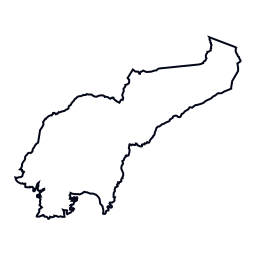 outline of Juscimeira, Mato Grosso, Brazil
{"feature_id": "56859067B77802724156485", "entity_name": "Juscimeira", "entity_type": "district", "adm_level": 2, "iso_a3": "BRA", "parent_name": "Brazil", "parent_adm1": "Mato Grosso", "projection": "natural_earth1", "projection_center": [-55.01, -16.21], "detail": "fine", "context": "isolated", "style": "outline", "palette": "ink", "viewbox_px": 256, "rotation_deg": 0, "n_neighbors": 0, "source": "geoboundaries", "source_scale": "gbopen_adm2", "svg_char_len": 5743}
<svg xmlns="http://www.w3.org/2000/svg" viewBox="0 0 256 256"><path d="M25.0,157.2L25.2,158.2L24.8,159.8L22.7,162.6L21.9,164.6L22.1,165.5L21.4,167.7L20.8,168.6L20.0,169.4L22.0,169.9L22.0,170.9L22.4,171.7L23.3,171.4L24.0,171.8L22.9,173.8L22.3,176.1L21.4,176.8L19.4,177.3L18.4,177.3L17.3,177.9L15.4,177.5L16.2,180.2L17.5,181.7L18.5,182.4L21.1,183.6L22.6,183.3L23.4,183.9L24.5,183.7L25.3,183.7L25.2,186.8L26.0,187.2L26.8,187.1L27.7,187.4L28.8,187.2L29.6,186.8L30.0,187.4L31.7,186.8L32.6,187.0L33.1,188.0L33.8,188.4L33.1,190.3L33.5,191.2L34.4,191.2L34.9,190.6L36.0,188.4L37.1,184.4L37.7,183.4L38.7,182.6L38.3,183.9L38.4,186.1L37.9,187.3L37.7,188.3L37.9,189.1L37.9,190.2L39.0,190.9L41.4,190.4L42.1,190.5L41.6,191.6L39.8,192.7L39.7,193.8L40.7,196.3L39.8,196.0L38.2,194.7L37.1,195.1L37.0,196.1L37.2,197.0L38.0,196.9L40.3,198.6L40.5,199.6L40.1,200.4L40.0,201.6L40.3,203.2L39.5,205.0L40.3,205.5L40.6,206.3L41.3,206.7L41.9,207.4L39.1,209.5L39.3,210.7L39.2,212.0L37.0,215.3L36.7,216.4L37.5,216.7L39.6,216.5L41.5,215.7L42.3,215.7L42.8,215.0L43.6,215.1L44.0,216.0L44.9,216.8L45.8,216.5L46.7,216.9L47.5,217.5L48.3,218.8L49.2,218.6L50.1,216.7L52.0,217.3L52.8,217.1L53.9,216.7L54.2,215.7L54.9,216.1L56.0,215.8L57.9,216.7L58.9,216.8L60.6,216.3L62.4,216.9L64.5,216.8L64.0,213.2L64.1,212.0L63.1,209.8L64.7,210.3L66.4,210.2L67.1,210.5L66.8,211.5L66.8,212.5L66.6,213.4L67.3,214.2L68.8,213.3L70.7,212.6L71.7,211.2L71.9,210.2L70.9,209.5L70.0,209.5L70.0,207.8L71.5,207.0L71.3,206.0L70.4,205.4L70.9,204.9L71.9,204.5L72.7,204.7L73.4,204.4L74.0,202.4L74.6,201.6L76.4,200.8L77.0,200.2L77.0,199.1L77.4,198.0L76.9,197.2L76.1,197.5L75.3,198.2L75.3,199.5L74.6,200.5L73.6,200.9L71.7,200.8L72.4,199.9L73.3,199.3L73.8,197.4L70.6,198.9L69.8,198.8L70.0,197.9L70.5,197.1L70.2,196.1L69.6,195.2L70.2,194.6L70.6,192.9L71.9,193.6L72.8,193.8L76.8,194.2L77.9,194.0L79.5,194.5L82.8,193.0L83.4,192.3L84.4,191.8L85.7,192.3L86.6,192.2L90.7,193.7L92.7,193.5L94.1,194.0L96.3,194.9L98.8,197.5L99.6,199.2L100.2,203.6L102.5,206.2L102.7,207.6L103.2,208.9L103.3,210.4L103.4,211.9L103.0,213.5L104.0,214.0L105.0,213.8L105.8,212.9L106.1,211.2L106.9,210.6L108.4,210.4L108.6,209.2L107.4,207.1L108.3,206.1L109.2,206.3L110.0,207.3L110.8,207.7L111.8,207.3L111.9,206.4L111.6,205.6L110.1,204.5L109.5,203.4L110.0,202.5L112.2,202.6L114.1,201.2L114.6,200.3L114.4,199.4L114.5,198.3L115.0,197.3L113.6,197.1L113.6,193.9L113.9,192.5L114.9,191.1L114.6,189.7L115.0,188.7L115.2,187.4L116.2,187.2L117.8,186.1L117.6,185.3L117.0,184.8L117.5,184.0L118.0,182.5L119.0,183.3L119.6,182.0L120.4,181.9L121.3,181.2L121.1,180.3L121.7,178.4L122.6,178.2L122.5,177.0L123.2,175.6L123.2,173.1L121.4,169.0L121.3,168.0L121.7,165.6L123.0,163.8L122.9,162.8L122.3,161.1L123.8,160.1L124.2,158.6L124.9,157.4L125.9,156.7L125.7,155.8L126.5,155.3L127.8,155.8L128.6,155.2L129.3,152.5L129.6,150.1L129.4,149.3L128.9,148.4L128.9,147.5L129.4,146.0L129.2,145.2L129.6,144.3L130.5,144.4L131.6,145.2L132.7,144.5L134.6,145.1L135.5,144.8L135.8,143.5L136.5,143.6L137.6,145.1L138.3,145.7L139.2,145.8L139.9,146.3L141.4,146.4L142.0,146.1L142.0,144.6L142.9,144.3L144.3,144.4L144.7,143.3L145.9,143.5L146.5,143.3L147.2,142.1L148.1,142.7L149.1,142.5L150.3,139.8L151.8,138.0L152.7,137.4L152.8,136.4L153.8,135.6L154.4,134.7L155.0,132.0L156.0,129.7L156.3,128.2L157.8,126.6L159.5,126.4L161.9,124.4L164.4,123.5L165.3,122.8L169.2,121.2L169.7,120.6L169.8,119.6L172.6,117.9L173.0,116.7L173.6,116.2L175.7,115.6L176.9,115.8L177.6,116.7L178.4,117.0L179.6,117.1L180.7,116.5L181.7,113.9L183.2,113.4L184.9,111.3L188.0,109.5L188.6,108.9L189.5,107.4L190.2,107.2L192.1,107.7L194.5,105.7L195.9,105.0L196.8,105.0L199.8,104.2L203.0,103.1L206.0,100.8L210.9,98.5L213.4,96.3L215.1,95.6L217.4,93.6L218.4,93.2L220.4,93.3L221.7,93.1L223.9,91.7L231.2,88.7L231.2,87.3L232.2,81.1L238.1,71.0L238.1,67.6L237.4,63.5L240.3,61.5L240.6,60.5L239.7,59.2L238.9,56.9L238.0,56.3L237.5,55.3L237.2,54.2L236.3,53.2L235.7,51.3L235.7,50.0L235.8,48.7L236.2,47.7L234.8,46.9L209.2,37.2L209.8,38.4L209.5,39.7L210.1,40.4L210.3,41.1L210.3,42.4L211.0,42.9L211.0,44.3L211.6,45.0L210.9,47.0L211.2,48.1L210.6,48.9L210.8,50.4L208.4,51.8L207.4,51.8L207.1,53.1L206.3,54.2L205.8,55.4L205.9,57.1L206.5,58.4L205.8,59.3L205.7,60.1L204.8,61.0L204.2,61.2L203.5,62.0L203.2,63.1L202.3,63.2L201.4,63.9L198.6,64.5L159.9,68.4L158.4,68.7L156.1,70.5L155.1,70.4L151.0,71.7L146.4,72.0L143.2,70.6L141.5,71.6L140.5,71.9L139.9,73.9L139.2,73.6L138.2,71.7L135.2,71.5L132.9,69.5L127.6,78.1L129.2,79.8L129.1,82.9L127.5,84.3L125.3,84.9L125.4,86.0L124.8,87.2L123.6,88.6L123.5,89.5L123.8,90.9L122.4,94.4L122.2,95.5L123.0,97.1L123.2,98.5L122.7,99.9L121.5,99.5L120.4,100.8L119.4,102.7L116.6,101.3L115.9,100.5L115.2,100.2L113.4,98.5L113.5,97.7L112.9,97.5L112.0,97.9L111.2,97.9L110.5,98.7L109.9,98.5L109.1,98.2L108.3,97.4L107.2,97.0L105.6,96.7L104.7,96.9L104.4,96.1L102.8,95.3L101.6,95.5L100.6,95.3L98.3,95.9L97.2,96.5L96.1,96.7L94.9,96.6L93.1,95.8L91.5,94.5L88.5,94.5L86.6,94.1L85.9,94.9L84.2,95.1L83.5,94.9L81.2,96.1L78.8,96.3L77.6,96.8L76.8,97.4L76.2,98.3L75.2,98.7L74.5,99.5L74.2,100.3L71.7,103.0L70.5,105.2L69.5,105.6L68.8,106.2L68.5,108.5L67.6,109.1L66.2,109.6L64.6,110.8L63.4,111.2L62.6,111.2L59.9,112.3L58.8,112.1L57.6,113.7L56.8,113.5L55.9,114.3L55.0,113.3L54.1,112.8L53.0,113.1L52.9,114.1L52.2,114.6L51.7,115.4L50.8,115.3L49.1,115.9L48.2,116.4L47.5,117.3L46.4,117.9L45.8,119.0L44.9,119.2L44.5,120.1L43.0,122.1L43.5,123.8L43.3,124.8L42.1,127.2L40.1,130.1L38.1,142.6L36.1,144.1L34.8,145.8L34.4,146.9L33.3,148.3L32.6,149.8L32.6,150.9L31.7,152.3L30.7,153.0L29.7,152.8L28.6,152.9L27.7,153.5L27.1,154.6L26.0,155.5L25.0,157.2ZM42.1,190.5L42.7,189.5L43.3,189.0L44.2,188.8L44.2,189.8L43.5,190.1L42.9,190.7L42.1,190.5ZM71.9,210.2L73.0,210.7L74.1,208.9L73.4,208.2L72.5,208.3L72.3,209.4L71.9,210.2Z" fill="none" stroke="#020617" stroke-width="2"/></svg>